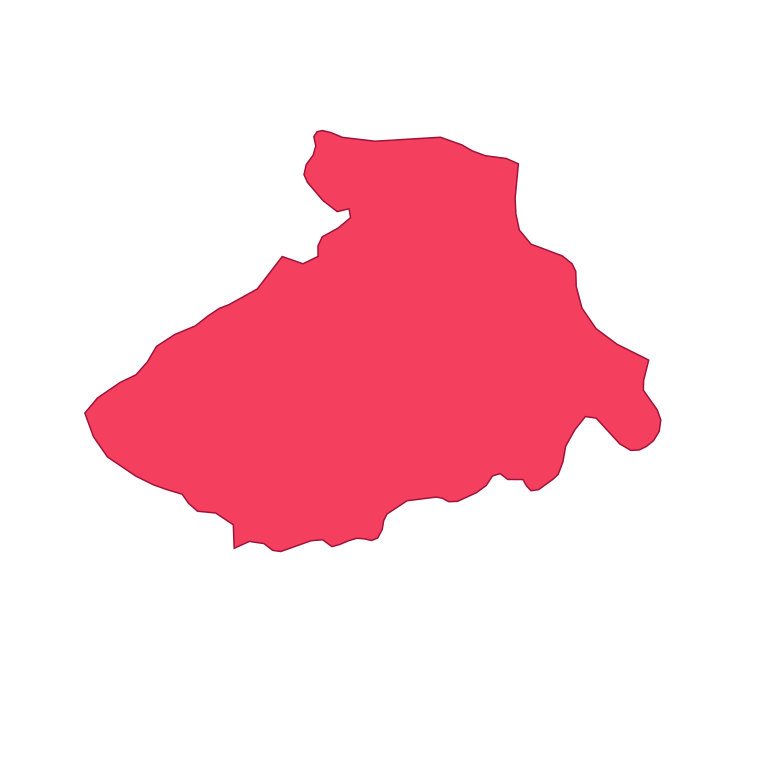 SVG path tracing the border of Bougouriba, rotated 226°
{"feature_id": "BFA-2832", "entity_name": "Bougouriba", "entity_type": "Province", "adm_level": 1, "iso_a3": "BFA", "parent_name": "Burkina Faso", "parent_adm1": "", "projection": "equal_earth", "projection_center": [-3.423, 10.894], "detail": "fine", "context": "isolated", "style": "filled", "palette": "rose", "viewbox_px": 768, "rotation_deg": 226, "n_neighbors": 0, "source": "natural_earth", "source_scale": "10m", "svg_char_len": 1503}
<svg xmlns="http://www.w3.org/2000/svg" viewBox="0 0 768 768"><g transform="rotate(226 384 384)"><path d="M444.9,162.3L458.2,154.8L471.4,148.2L490.1,141.5L523.6,134.4L547.9,138.4L570.9,148.6L573.0,168.2L568.4,195.3L562.9,212.1L564.3,229.3L569.1,246.5L565.0,267.8L556.9,288.6L555.2,304.7L552.8,318.0L548.8,327.5L540.4,358.9L546.4,399.3L526.8,409.2L521.6,425.2L529.2,432.4L532.8,441.9L528.1,459.0L526.9,475.5L534.3,480.6L540.5,470.1L558.3,467.5L582.1,469.0L590.2,471.9L595.9,480.5L597.8,491.8L602.5,500.2L610.7,505.4L612.0,511.1L609.2,515.7L601.7,520.5L590.3,525.4L565.0,546.1L522.3,596.0L502.0,606.1L490.4,609.4L477.9,615.4L461.3,628.6L449.0,633.6L426.3,607.1L414.7,597.0L400.7,588.3L382.5,586.9L352.1,601.3L339.6,602.8L331.7,600.1L320.6,590.0L301.0,579.1L276.5,575.0L250.8,579.2L217.3,591.0L206.2,573.2L199.3,566.2L175.6,562.6L165.8,558.1L158.8,549.1L156.0,538.5L156.8,529.4L159.2,521.9L164.8,515.4L177.1,512.0L212.1,512.9L220.7,506.2L218.5,489.5L213.1,471.6L203.7,458.6L198.0,446.5L198.1,439.5L200.6,421.9L205.1,415.6L211.7,415.7L218.7,417.6L229.4,406.7L238.8,405.3L242.5,398.2L240.0,387.1L241.6,375.1L248.6,355.2L254.3,348.9L257.9,347.6L261.1,346.8L266.3,343.1L284.0,319.5L288.4,296.0L286.0,289.0L280.6,281.7L277.6,272.5L280.1,266.3L286.3,262.3L291.9,257.3L295.8,249.8L299.3,240.7L303.2,233.6L314.6,231.6L321.9,222.7L335.2,193.4L341.6,188.4L352.6,186.8L364.3,177.8L369.9,162.1L387.4,177.8L408.1,173.3L422.0,161.5L433.9,160.5L444.9,162.3Z" fill="#f43f5e" stroke="#9f1239" stroke-width="1.5"/></g></svg>